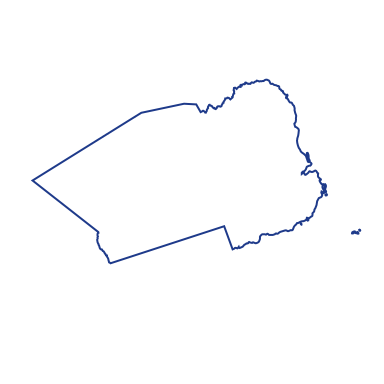 Finschafen District, Morobe, Papua New Guinea (Robinson projection), rotated 342°
{"feature_id": "67681753B17639415447373", "entity_name": "Finschafen District", "entity_type": "district", "adm_level": 2, "iso_a3": "PNG", "parent_name": "Papua New Guinea", "parent_adm1": "Morobe", "projection": "robinson", "projection_center": [147.737, -6.551], "detail": "fine", "context": "isolated", "style": "outline", "palette": "blue", "viewbox_px": 384, "rotation_deg": 342, "n_neighbors": 0, "source": "geoboundaries", "source_scale": "gbopen_adm2", "svg_char_len": 5857}
<svg xmlns="http://www.w3.org/2000/svg" viewBox="0 0 384 384"><g transform="rotate(342 192 192)"><path d="M297.9,108.3L296.6,108.0L295.7,108.1L294.8,108.4L294.4,108.6L293.6,108.3L292.7,108.2L292.0,108.1L291.2,107.7L290.2,107.7L288.7,106.5L287.9,106.1L287.3,106.6L286.4,106.6L285.7,106.6L284.8,107.1L284.0,107.1L282.8,106.2L282.0,106.4L281.0,107.2L280.4,107.1L279.7,106.5L278.8,106.6L277.0,104.5L276.4,104.5L276.2,105.5L275.3,105.8L274.4,105.3L273.5,105.4L272.6,105.5L272.4,105.9L271.7,105.2L271.2,105.3L270.9,107.0L270.3,107.0L269.7,106.3L268.3,106.7L267.2,107.2L266.3,107.8L265.2,106.1L264.1,106.0L263.3,107.6L263.0,108.3L263.3,108.9L263.1,109.6L262.8,110.0L262.6,111.4L261.6,111.6L261.1,112.4L260.5,113.3L260.0,114.3L259.6,114.2L259.6,114.7L257.1,115.8L256.5,114.7L256.1,113.9L254.8,113.2L253.9,113.7L252.5,113.3L251.9,114.4L251.0,115.2L250.0,115.8L249.6,116.9L248.6,117.0L248.3,117.3L248.0,117.9L246.9,118.7L246.6,119.4L245.6,119.7L244.9,119.3L244.2,118.7L243.3,118.7L242.8,118.5L242.0,119.0L241.6,119.7L241.0,120.1L240.7,119.9L240.1,120.4L238.9,119.4L239.0,118.9L238.3,118.7L237.9,117.8L237.6,117.3L237.6,116.7L237.0,115.9L236.2,115.6L235.8,114.5L235.1,114.5L234.8,114.9L233.9,115.6L233.3,116.3L233.2,117.2L232.3,117.8L231.6,118.3L231.3,119.0L230.8,119.8L230.2,120.1L229.7,120.8L229.1,120.6L228.8,119.5L228.4,119.0L228.0,118.3L227.4,118.1L226.4,118.5L224.9,118.7L223.1,110.0L211.7,105.6L168.3,101.0L156.5,103.9L43.9,131.8L90.5,201.1L90.4,201.9L89.9,201.9L89.2,202.7L88.9,203.5L88.7,204.2L88.7,204.7L88.8,205.2L88.1,205.9L88.0,206.9L87.0,208.2L86.9,209.2L86.7,210.3L86.7,211.2L86.8,212.0L87.0,212.5L86.8,213.4L87.1,214.1L87.0,216.1L87.0,217.0L87.4,218.2L87.9,218.4L88.2,218.8L88.6,218.9L88.9,220.5L89.6,221.1L89.8,221.8L90.1,222.7L90.0,223.5L90.6,224.4L90.6,225.6L91.5,226.1L91.1,227.0L91.5,228.3L91.7,229.8L91.5,231.0L91.5,231.7L91.4,233.3L92.1,233.9L92.5,234.6L212.0,234.5L212.9,259.1L214.8,258.9L215.5,258.5L216.0,258.5L217.0,259.0L217.6,259.6L218.3,259.5L219.5,258.6L219.5,259.5L220.0,260.0L222.3,259.8L223.5,259.6L223.9,259.3L225.6,258.3L226.8,258.2L227.7,257.8L228.5,257.8L229.0,258.1L229.6,258.0L230.4,257.3L230.9,257.2L231.6,257.9L232.7,258.6L233.5,259.0L234.5,258.7L236.5,260.3L237.2,260.5L238.3,260.5L239.5,260.3L240.4,259.8L241.5,258.5L242.1,257.7L242.8,255.6L243.5,254.9L245.2,254.0L246.1,254.0L248.2,254.7L249.0,255.3L249.5,255.4L250.5,255.0L251.0,255.1L251.6,255.8L251.9,256.5L252.5,256.8L255.5,257.8L257.7,257.8L258.5,257.4L259.2,257.4L259.8,257.9L260.5,258.1L261.3,258.0L262.3,257.5L263.6,257.2L268.4,257.3L269.2,257.4L270.0,257.8L270.8,258.7L271.5,259.0L274.3,258.8L275.1,259.3L275.9,259.2L276.4,258.8L278.1,256.7L279.4,255.7L280.7,255.2L282.4,254.0L283.3,254.3L285.9,253.8L287.3,253.8L289.2,254.2L290.5,254.1L291.6,253.8L292.3,253.4L292.7,253.1L293.0,252.4L293.3,252.0L293.9,252.3L293.8,253.1L294.1,253.4L295.0,253.0L295.6,253.0L297.7,252.2L298.2,252.2L299.0,251.9L299.6,250.9L299.8,249.9L300.1,249.4L301.8,248.5L302.4,247.9L302.8,246.9L303.5,246.1L304.2,245.6L306.4,242.9L308.2,239.4L310.7,237.0L313.1,236.8L313.9,236.4L314.8,235.4L315.0,234.8L314.8,232.5L315.3,231.7L316.1,233.1L316.7,233.7L317.0,233.8L317.4,233.3L317.4,232.0L318.0,231.0L317.5,229.3L317.5,227.9L317.9,226.8L318.3,226.4L318.7,226.4L319.5,225.8L319.5,225.3L319.2,225.0L318.5,225.1L318.1,225.0L317.5,224.1L316.9,221.9L316.8,220.7L317.1,220.2L317.7,220.5L318.0,220.4L318.3,220.2L318.5,219.8L316.9,217.3L316.7,216.7L316.7,215.7L317.3,214.1L317.6,213.7L317.7,213.2L317.1,212.5L316.9,211.3L316.6,210.4L316.1,209.8L315.0,209.7L314.1,210.1L312.4,210.1L311.4,209.6L310.7,208.9L310.1,208.6L309.4,208.9L308.8,209.5L307.4,210.1L305.8,210.7L305.1,210.7L304.6,210.2L304.6,209.0L304.4,208.3L303.3,208.2L302.0,208.7L302.3,207.7L303.5,206.9L305.1,206.9L306.1,206.5L307.2,205.7L308.9,203.6L309.4,203.4L311.6,203.2L312.6,203.5L313.4,203.1L314.2,202.4L314.4,202.0L314.3,201.4L313.4,199.9L313.4,199.2L313.7,198.2L313.4,197.1L313.4,195.8L314.0,193.9L314.2,192.8L314.2,191.0L314.0,190.5L313.4,190.4L313.1,190.7L312.8,192.6L312.9,194.0L312.4,195.9L312.4,199.0L312.1,199.4L311.6,199.0L311.5,193.3L311.3,192.4L310.2,190.4L308.5,188.1L308.0,187.0L307.8,184.9L307.2,183.0L307.1,180.5L307.3,177.8L307.8,175.4L308.4,174.4L308.7,173.6L310.4,171.2L311.4,169.2L312.7,166.3L312.7,164.9L312.0,163.7L311.2,162.6L310.3,161.9L310.3,159.7L310.5,158.6L311.7,157.9L312.4,157.1L313.3,155.2L313.6,154.0L314.4,152.3L314.7,151.4L314.6,148.6L314.8,146.0L315.5,144.1L315.6,141.6L314.8,140.1L314.6,138.4L314.2,137.7L313.2,137.3L312.7,136.9L312.1,134.9L312.0,133.7L311.7,132.7L311.3,132.2L310.9,132.2L310.6,131.9L310.6,131.1L310.8,130.8L311.6,131.1L312.5,129.9L312.8,129.5L312.6,128.9L311.6,128.9L310.7,128.1L309.4,125.6L309.4,124.9L309.7,124.4L309.2,123.7L308.8,123.7L308.4,123.3L308.2,122.8L308.2,122.1L307.2,121.1L307.1,120.0L307.4,119.4L307.4,118.5L306.9,117.9L306.1,117.7L305.3,116.7L303.7,115.8L303.0,115.3L302.0,113.9L300.7,113.7L300.1,113.0L299.9,110.7L299.5,109.7L297.9,108.3ZM321.0,228.3L321.3,227.5L321.3,226.4L321.0,225.7L320.4,225.7L320.1,226.6L320.1,227.7L319.1,229.3L319.0,230.0L319.4,230.5L321.0,228.3ZM334.7,279.8L334.2,279.6L333.1,279.6L332.1,279.8L331.7,280.2L331.4,280.8L332.2,281.2L333.1,280.8L333.7,280.8L334.7,281.5L335.0,281.3L335.1,280.9L334.7,279.8ZM337.4,283.0L337.6,282.6L337.1,281.2L336.5,281.2L336.0,282.0L336.1,282.4L337.0,283.0L337.4,283.0ZM319.5,236.4L319.4,235.7L319.2,235.6L318.3,235.6L318.0,236.0L318.0,236.4L318.2,236.7L319.0,236.8L319.5,236.4ZM293.5,254.9L293.8,254.9L294.1,254.4L293.9,254.1L293.1,254.0L292.9,254.5L293.1,254.9L293.5,254.9ZM339.9,280.8L340.1,280.6L340.1,280.0L339.7,279.6L339.3,279.7L339.3,280.4L339.7,280.8L339.9,280.8ZM319.6,233.3L319.7,232.7L319.6,232.2L319.1,232.3L319.1,233.4L319.4,233.5L319.6,233.3ZM286.2,256.5L286.2,256.0L285.9,255.5L285.6,255.7L285.6,255.9L285.7,256.5L286.0,256.8L286.2,256.5Z" fill="none" stroke="#1e3a8a" stroke-width="2"/></g></svg>